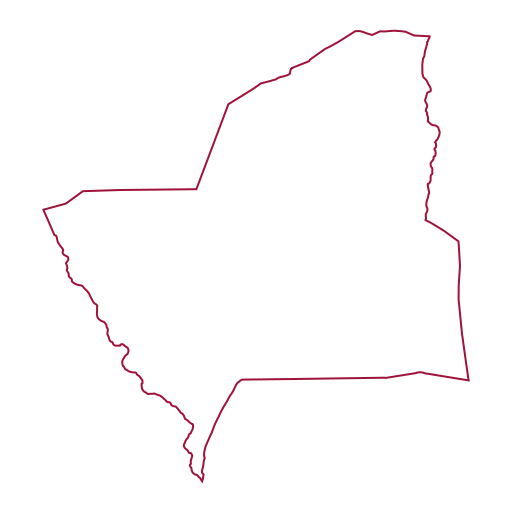 Mapai, Gaza, Mozambique
{"feature_id": "85939544B45935423796795", "entity_name": "Mapai", "entity_type": "district", "adm_level": 2, "iso_a3": "MOZ", "parent_name": "Mozambique", "parent_adm1": "Gaza", "projection": "robinson", "projection_center": [32.421, -22.625], "detail": "fine", "context": "isolated", "style": "outline", "palette": "rose", "viewbox_px": 512, "rotation_deg": 0, "n_neighbors": 0, "source": "geoboundaries", "source_scale": "gbopen_adm2", "svg_char_len": 5964}
<svg xmlns="http://www.w3.org/2000/svg" viewBox="0 0 512 512"><path d="M202.1,481.3L202.8,479.1L203.2,476.5L203.5,475.4L203.6,474.7L203.4,474.2L202.6,473.5L202.1,472.7L201.9,471.2L202.2,469.7L203.0,466.8L203.4,464.5L203.8,461.1L204.4,459.0L204.7,458.3L204.5,457.1L204.3,456.9L204.1,455.9L204.1,453.7L204.3,451.6L205.3,447.3L206.1,445.2L210.4,435.4L211.7,432.8L214.4,425.4L217.1,419.6L218.4,417.3L220.0,413.6L221.9,409.9L224.5,405.3L224.7,405.2L225.5,403.7L226.9,401.5L228.5,398.3L230.3,395.2L231.4,393.9L233.0,391.3L235.9,385.2L237.2,383.1L240.5,380.5L241.9,379.7L242.4,379.6L295.0,379.0L384.8,377.7L385.6,377.9L386.4,377.8L415.9,373.1L416.6,372.8L418.8,372.3L420.4,372.2L422.4,372.5L425.6,373.5L427.0,373.6L468.6,380.4L465.8,361.0L461.9,332.8L458.6,299.3L458.7,285.7L460.0,265.7L458.5,241.4L444.4,231.1L437.8,227.0L431.0,222.9L425.5,220.1L426.1,218.0L425.7,216.0L425.8,214.8L426.1,213.6L426.9,212.0L427.3,210.8L427.5,209.6L427.3,208.3L426.6,206.7L426.3,205.3L426.3,204.0L426.5,202.1L427.2,199.5L427.7,198.6L428.1,197.1L428.5,194.2L429.0,193.6L429.2,193.2L429.0,191.5L428.2,188.0L427.7,184.3L428.0,183.8L428.9,183.6L429.7,182.7L429.9,182.0L430.5,180.9L430.6,180.4L430.6,177.0L430.7,176.0L431.0,175.1L432.0,174.2L432.4,173.5L432.3,172.0L432.2,171.2L432.4,169.1L432.3,168.8L431.7,167.4L430.8,166.1L430.6,164.1L430.7,162.8L431.3,162.2L433.1,159.8L433.6,158.6L433.6,157.4L433.7,156.7L433.9,156.5L434.9,156.1L435.3,155.5L435.6,154.0L435.6,152.0L435.4,150.8L434.7,149.8L434.5,149.6L434.4,149.2L434.7,148.5L435.2,147.8L435.5,147.7L435.8,147.3L436.1,146.4L436.1,145.1L435.9,143.4L435.5,142.6L435.1,142.4L435.7,141.1L436.0,140.7L436.5,140.4L437.7,138.9L439.1,135.6L439.4,134.4L439.6,133.1L439.7,132.2L439.4,131.0L438.8,129.6L438.5,128.0L437.9,127.1L436.3,125.9L434.5,125.3L433.0,125.2L431.4,124.5L430.0,123.4L429.1,122.4L427.8,121.4L427.8,121.1L428.1,119.6L428.0,117.9L427.7,116.2L427.0,114.3L427.2,113.8L427.1,113.1L426.3,111.3L426.1,111.2L425.8,110.3L426.1,108.9L426.3,108.4L426.9,107.5L427.2,106.6L427.2,106.1L427.2,105.3L426.7,103.9L425.9,102.6L425.2,101.0L425.1,100.3L425.2,99.6L426.1,97.0L426.7,94.6L427.2,93.0L427.8,92.4L429.6,91.7L430.5,91.2L430.8,90.4L430.8,89.2L430.2,87.1L429.8,86.7L429.7,86.2L428.3,84.1L427.1,81.4L426.6,80.6L425.9,79.6L424.2,78.1L423.3,76.9L422.6,74.3L422.4,73.3L422.3,64.2L422.7,61.5L422.8,60.2L423.0,58.8L423.4,57.8L424.2,56.6L424.5,54.8L424.7,52.8L425.2,50.4L426.3,47.2L426.6,45.4L427.2,44.2L427.2,43.5L427.0,42.4L427.2,42.0L427.9,41.3L428.4,39.4L429.1,38.3L429.7,36.7L429.6,36.3L414.1,35.5L405.7,31.8L401.5,31.2L394.0,30.7L383.9,31.5L380.4,31.3L379.7,31.5L372.1,35.0L366.0,33.1L363.3,32.0L360.2,31.2L358.3,31.0L356.7,31.2L355.4,31.1L338.8,41.6L330.9,46.1L325.1,48.9L309.9,59.7L309.1,61.2L292.1,67.9L292.2,68.3L291.5,68.6L291.1,68.9L290.5,70.1L290.2,71.5L290.1,73.3L289.9,73.7L288.4,74.7L287.3,75.2L285.6,75.7L283.1,76.5L281.2,76.8L278.6,77.7L276.5,78.9L276.1,79.3L269.9,81.1L260.9,83.4L253.9,88.4L228.4,104.2L196.4,189.2L120.0,190.0L82.9,191.2L65.9,203.6L43.4,209.7L54.4,235.0L55.8,235.5L56.1,235.8L56.7,237.1L57.6,241.5L57.9,242.3L58.8,243.8L61.0,246.8L62.6,248.7L62.9,249.2L63.2,250.6L62.6,252.2L62.6,252.7L62.7,253.2L63.5,254.4L64.2,254.9L65.1,255.5L66.0,255.9L67.4,256.7L68.1,257.3L68.3,258.5L68.3,259.7L67.7,260.8L66.0,263.2L66.8,265.3L67.1,266.3L67.4,267.8L67.3,268.3L66.7,270.0L67.0,270.7L67.6,271.7L68.6,273.6L68.7,274.3L68.7,275.6L69.1,276.7L69.9,277.6L71.1,278.4L71.4,278.7L71.8,279.5L71.9,281.0L72.0,281.5L72.8,282.3L74.9,283.7L76.6,284.5L77.6,284.8L81.1,285.4L82.5,286.1L82.9,286.5L84.6,288.7L86.5,290.4L87.8,291.9L88.9,293.3L90.1,296.0L92.2,299.9L92.7,301.1L93.4,302.2L94.3,303.2L96.0,304.3L96.9,305.1L97.1,305.6L97.2,306.3L97.0,308.5L97.1,309.4L97.1,310.9L96.9,313.7L97.2,316.1L97.5,317.4L98.1,318.2L98.2,318.4L99.4,319.7L101.7,321.1L103.6,321.8L104.4,322.3L104.8,322.7L106.2,324.7L106.5,325.2L106.6,326.9L106.8,327.4L107.4,328.3L107.6,328.4L107.8,329.5L107.8,330.9L107.4,332.5L107.4,333.9L107.6,334.6L108.3,336.0L109.5,339.9L109.9,340.8L110.8,341.6L111.9,341.9L112.3,342.1L113.1,343.8L113.8,344.9L114.2,345.2L115.4,345.6L116.3,345.7L118.6,345.7L119.9,345.6L120.2,345.5L120.3,344.9L120.9,344.4L122.2,344.1L123.7,344.8L124.8,346.0L126.8,347.2L127.0,347.4L127.2,347.5L128.1,348.7L128.5,349.9L128.5,351.2L127.9,353.2L127.2,354.3L125.9,355.2L124.9,356.3L124.4,357.1L124.2,357.6L123.2,359.1L122.5,360.5L122.3,361.3L122.2,362.5L122.4,362.8L122.4,363.6L122.5,364.8L122.8,365.7L123.0,365.7L123.6,366.3L124.9,368.5L125.0,369.0L126.4,369.9L127.2,370.2L128.6,371.2L129.5,371.6L131.1,372.1L133.1,372.4L135.2,372.5L135.8,372.7L136.3,373.1L137.0,374.6L138.8,375.8L140.0,377.0L140.8,378.2L142.4,380.3L142.5,381.1L142.4,383.4L141.6,383.8L141.6,385.4L141.9,388.2L142.3,389.2L142.6,389.8L143.6,391.1L144.4,391.8L146.0,392.6L147.2,393.6L148.0,394.0L148.8,394.0L149.8,393.8L152.6,393.8L153.6,393.6L154.5,393.6L157.8,394.9L160.0,395.6L160.9,396.2L161.9,397.0L162.3,397.2L163.7,398.5L163.8,398.7L165.3,400.0L167.1,401.9L167.7,402.2L169.4,402.2L169.8,402.4L170.6,403.2L171.0,404.3L171.4,405.0L172.2,405.7L173.5,406.2L174.8,406.4L176.1,406.8L178.2,409.3L179.3,410.7L179.5,410.8L180.5,412.5L180.9,412.8L182.4,413.7L183.2,414.6L183.7,415.4L184.1,416.3L185.0,418.8L187.0,420.0L188.0,420.8L189.3,422.1L190.9,423.4L192.0,424.0L192.4,424.0L192.7,424.3L193.0,425.2L193.1,426.5L192.7,428.9L192.3,429.9L191.7,430.9L190.6,433.4L189.9,433.6L188.9,434.6L188.6,436.0L188.0,437.5L187.2,438.5L186.6,439.1L185.6,440.6L185.0,442.4L183.9,444.7L183.8,446.0L184.6,447.6L185.0,448.2L186.2,449.3L186.7,449.5L187.3,450.1L187.8,450.7L189.0,452.8L189.7,453.0L190.8,453.1L191.0,453.3L191.7,454.2L192.2,455.5L192.1,456.4L191.5,458.3L190.7,461.3L190.9,463.7L190.6,464.3L190.2,464.5L189.9,465.0L189.9,465.5L190.0,465.9L190.3,466.6L191.2,467.6L191.4,468.1L191.6,470.1L191.9,470.6L192.2,471.8L193.3,473.2L195.0,474.5L196.5,474.8L197.3,475.2L197.8,475.7L198.4,476.7L199.1,477.3L199.8,477.8L200.5,478.5L200.9,479.5L202.1,481.3Z" fill="none" stroke="#9f1239" stroke-width="2"/></svg>